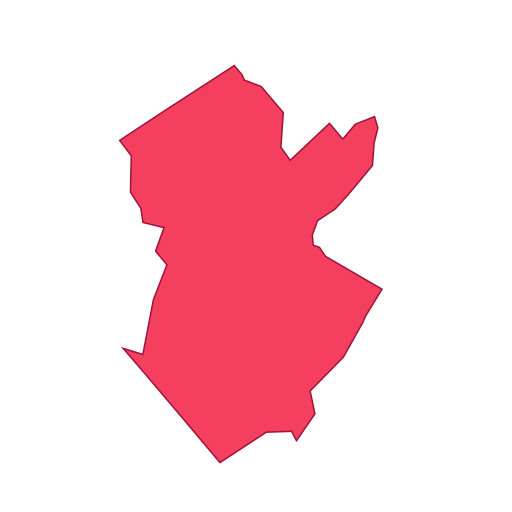 the district of Somerset, New Jersey, United States of America, rotated 343°
{"feature_id": "52423323B92804985399484", "entity_name": "Somerset", "entity_type": "district", "adm_level": 2, "iso_a3": "USA", "parent_name": "United States of America", "parent_adm1": "New Jersey", "projection": "natural_earth1", "projection_center": [-74.587, 40.566], "detail": "fine", "context": "isolated", "style": "filled", "palette": "rose", "viewbox_px": 512, "rotation_deg": 343, "n_neighbors": 0, "source": "geoboundaries", "source_scale": "gbopen_adm2", "svg_char_len": 729}
<svg xmlns="http://www.w3.org/2000/svg" viewBox="0 0 512 512"><g transform="rotate(343 256 256)"><path d="M240.7,444.5L266.2,424.2L268.3,400.9L310.1,378.2L338.4,351.1L343.0,345.7L366.8,324.6L322.3,276.6L319.2,266.2L313.9,262.4L316.0,252.4L325.2,240.2L345.6,234.1L363.4,223.5L393.8,203.5L402.0,182.5L410.0,169.1L410.1,157.3L389.5,159.0L373.1,169.6L365.1,150.6L316.7,174.5L311.6,159.3L324.0,126.9L310.5,95.4L296.4,84.5L295.5,78.3L290.9,67.5L232.2,84.3L211.9,90.1L159.4,105.6L166.0,123.8L154.6,158.2L159.8,176.7L157.7,190.9L176.3,202.0L161.4,222.0L168.2,238.4L145.1,267.8L119.0,317.1L101.9,305.4L113.9,332.7L140.7,395.0L161.1,443.0L214.4,427.5L238.8,434.1L240.7,444.5Z" fill="#f43f5e" stroke="#9f1239" stroke-width="1.5"/></g></svg>